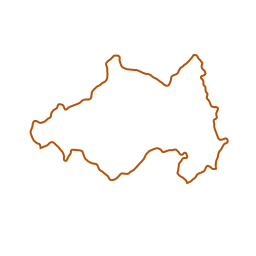 the district of Padre Las Casas, Azua, Dominican Republic, rotated 249°
{"feature_id": "3306468B62510937127431", "entity_name": "Padre Las Casas", "entity_type": "district", "adm_level": 2, "iso_a3": "DOM", "parent_name": "Dominican Republic", "parent_adm1": "Azua", "projection": "mercator", "projection_center": [-70.907, 18.827], "detail": "fine", "context": "isolated", "style": "outline", "palette": "amber", "viewbox_px": 256, "rotation_deg": 249, "n_neighbors": 0, "source": "geoboundaries", "source_scale": "gbopen_adm2", "svg_char_len": 5826}
<svg xmlns="http://www.w3.org/2000/svg" viewBox="0 0 256 256"><g transform="rotate(249 128 128)"><path d="M200.5,140.5L199.8,139.5L199.3,138.1L198.4,136.3L197.8,133.8L197.6,133.1L196.5,131.2L196.1,130.7L195.4,130.4L194.7,130.2L192.0,130.1L190.8,129.9L190.1,129.7L188.6,129.0L185.8,128.3L182.3,126.6L181.4,125.9L180.6,125.1L179.9,124.1L179.6,123.4L179.5,122.7L179.1,119.8L178.1,117.2L177.8,114.3L177.5,113.2L176.0,109.7L174.8,107.7L174.4,107.2L173.8,106.8L172.1,105.9L170.0,104.8L169.3,104.1L168.8,103.2L168.7,102.5L168.7,101.4L168.9,100.7L169.6,99.2L169.9,98.5L170.1,97.3L170.1,96.1L170.0,95.3L169.8,94.5L169.0,92.6L168.7,91.5L168.6,89.4L168.6,83.5L168.5,80.9L168.3,79.3L167.5,77.6L167.4,77.0L167.4,76.7L167.7,76.1L168.2,75.8L168.9,75.7L171.8,75.6L172.5,75.4L172.8,75.3L173.3,74.8L174.5,73.2L174.8,72.6L174.9,71.9L174.7,71.2L174.3,70.6L173.5,70.0L172.5,69.2L172.1,68.7L171.8,67.7L171.5,65.8L171.4,65.0L170.9,64.1L169.9,62.4L169.5,61.9L166.5,60.1L166.0,59.7L165.8,59.4L165.5,58.4L165.2,56.0L164.1,53.4L163.9,52.2L163.9,50.6L163.9,49.4L164.1,48.2L164.5,47.6L164.9,47.0L165.4,46.6L166.6,45.8L167.0,45.3L167.9,43.7L168.0,43.1L167.8,42.4L167.4,41.8L166.4,40.8L165.4,40.2L164.1,39.6L163.5,39.2L162.5,38.4L160.5,36.5L159.9,36.0L159.2,35.6L158.0,35.3L156.4,35.2L153.1,35.2L150.7,35.5L149.8,35.7L147.1,37.1L146.1,37.9L145.2,39.1L144.9,39.3L144.4,39.6L143.7,39.7L142.6,39.7L141.6,39.5L140.6,39.2L140.7,44.7L140.8,46.3L141.1,47.4L142.0,49.2L142.2,49.9L142.2,50.7L142.2,51.4L142.0,52.1L141.6,52.7L141.1,53.2L140.3,53.7L134.4,56.5L131.9,57.1L129.7,58.1L129.0,58.2L127.1,58.4L124.9,58.2L123.8,57.9L122.1,57.0L121.4,56.9L120.7,57.0L120.0,57.5L119.8,57.8L119.6,58.4L119.7,58.7L119.8,59.0L120.1,59.6L122.2,61.7L122.9,62.5L123.3,63.1L124.0,64.4L124.4,64.9L125.2,65.6L126.6,66.3L127.1,66.7L127.5,67.2L127.7,67.7L127.7,68.0L127.5,68.6L126.6,70.7L125.6,72.5L124.9,74.1L123.5,76.3L123.0,76.7L122.0,77.0L120.8,77.0L116.0,76.9L114.9,77.1L114.2,77.3L111.1,78.9L109.6,80.1L107.8,82.0L107.2,82.9L106.2,84.8L105.8,85.3L105.2,85.7L104.6,86.0L103.9,86.1L100.5,86.2L99.8,86.3L99.0,86.5L98.1,87.1L96.0,88.7L94.4,89.5L91.8,91.0L90.7,91.8L89.8,92.1L87.4,92.3L86.7,92.5L86.1,92.9L85.6,93.4L85.2,94.0L85.1,94.3L84.9,95.4L84.8,96.5L84.9,98.1L85.1,99.2L85.4,100.2L86.2,101.7L86.8,103.0L87.5,104.2L87.8,105.1L87.8,105.8L87.6,106.5L85.6,110.4L85.3,111.3L85.3,112.4L86.1,114.2L86.3,114.9L86.7,118.2L87.0,118.8L87.8,120.4L88.3,121.7L89.3,123.5L89.9,124.8L90.9,126.6L91.4,127.9L92.4,129.7L93.0,131.0L93.9,132.2L96.7,135.3L97.1,135.9L98.6,139.0L98.9,140.6L99.0,142.6L99.0,145.8L98.9,147.0L98.7,147.8L98.2,148.8L97.7,149.4L96.9,150.2L96.3,150.6L95.6,151.0L94.0,151.4L93.5,151.6L93.0,152.1L92.8,152.7L92.7,153.4L92.6,157.0L92.5,158.2L92.4,158.9L91.7,160.5L91.5,161.1L91.1,163.9L90.9,164.6L90.7,164.8L90.2,165.3L88.2,166.3L87.6,166.6L85.5,166.9L84.6,167.4L84.1,167.9L83.8,168.5L83.7,169.2L83.8,169.8L84.6,171.4L84.6,172.0L84.4,172.6L84.2,172.8L83.6,173.1L82.6,173.2L81.5,173.2L80.5,173.1L79.8,172.9L79.3,172.5L79.1,171.9L79.1,171.3L79.8,170.1L79.9,169.5L80.0,168.8L79.9,168.4L79.4,167.4L77.8,165.3L77.0,163.8L76.6,163.2L76.1,162.7L75.5,162.3L73.9,161.6L72.5,160.7L71.2,160.1L70.5,159.7L69.1,158.6L68.2,158.1L67.9,158.0L67.3,158.1L64.9,159.1L64.3,159.5L61.9,161.5L58.8,163.1L58.1,163.3L57.4,163.4L55.5,163.5L55.6,166.6L55.8,168.0L56.7,169.9L57.2,172.0L57.5,172.7L58.0,173.6L59.5,175.4L59.9,176.4L60.2,177.9L60.2,182.1L60.4,183.2L60.7,183.9L61.1,184.5L63.7,187.2L64.0,187.7L64.2,188.4L64.1,188.7L63.8,189.3L63.1,190.1L62.0,191.0L60.1,191.9L59.3,192.6L58.8,193.5L58.5,195.6L61.6,196.4L64.7,198.0L66.0,198.9L68.0,200.8L69.0,201.6L69.6,202.0L71.2,202.9L72.4,203.8L73.2,204.7L73.6,205.3L74.5,206.9L74.9,207.6L77.3,210.3L78.0,211.2L78.4,211.9L78.6,212.6L78.7,214.7L78.9,215.4L79.2,215.9L79.5,216.2L80.1,216.4L81.1,216.6L82.1,216.5L82.7,216.2L83.2,215.7L83.3,215.3L83.4,214.6L83.4,211.9L83.6,210.8L83.7,210.4L84.0,209.8L84.5,209.3L85.1,208.9L85.9,208.7L87.0,208.6L96.4,208.7L98.4,209.0L100.6,209.9L101.3,210.1L103.4,210.4L104.3,210.7L104.6,210.9L104.9,211.4L105.0,212.0L105.2,213.6L105.4,214.2L105.6,214.4L105.9,214.6L106.5,214.9L108.9,215.2L109.9,215.6L110.9,216.3L113.1,218.5L113.7,218.9L114.0,219.0L114.3,219.0L114.9,218.9L115.6,218.2L115.9,217.7L116.4,216.5L117.3,214.8L117.7,214.3L118.2,213.8L118.9,213.6L119.6,213.5L122.8,213.5L124.3,213.4L125.1,213.2L126.6,212.5L127.6,212.4L128.2,212.5L128.6,212.6L130.5,214.1L131.1,214.3L131.4,214.4L132.0,214.3L133.5,213.9L134.9,213.8L135.9,214.0L137.4,214.7L138.4,214.8L139.4,214.7L140.8,214.1L141.5,214.1L142.5,214.2L143.6,214.8L144.3,215.0L145.4,215.1L146.4,214.9L148.1,214.2L148.7,214.1L149.3,214.2L149.5,214.4L149.9,214.9L150.0,215.6L150.0,217.7L150.1,218.5L150.3,219.1L150.5,219.4L150.8,219.7L151.1,219.8L151.8,220.0L153.4,220.0L154.5,219.7L156.0,218.9L156.7,218.7L157.4,218.5L158.1,218.5L158.8,218.7L159.8,219.1L162.1,220.8L163.6,220.2L165.4,219.7L167.2,218.9L168.0,218.7L169.9,218.5L170.6,218.3L171.2,218.0L171.6,217.5L172.6,215.5L170.6,212.5L169.8,210.9L168.8,209.1L168.3,207.8L167.5,206.3L167.2,205.3L166.8,203.5L166.6,202.8L165.9,201.3L165.4,199.2L165.0,198.1L164.1,196.9L162.0,194.7L161.5,194.2L161.2,193.5L161.0,192.8L160.9,192.0L160.9,189.4L160.7,187.9L160.4,187.3L160.0,186.7L159.4,186.3L157.6,185.4L156.7,184.7L154.4,182.6L153.7,181.8L153.4,181.1L153.3,180.4L153.4,179.7L153.7,179.1L154.1,178.5L155.4,177.3L156.3,176.8L157.9,176.1L160.7,174.0L162.6,173.0L163.5,172.3L166.3,169.8L167.2,169.2L168.8,168.4L169.6,167.8L170.4,167.0L171.2,166.0L172.0,164.4L172.8,163.2L174.1,161.8L177.6,158.4L178.8,157.0L179.2,156.4L179.7,155.1L180.7,153.3L181.2,152.0L182.2,150.2L183.0,148.6L184.1,147.1L186.0,145.2L187.0,144.6L187.6,144.3L188.8,144.1L190.7,144.1L192.6,144.2L193.7,144.3L194.8,144.6L196.5,145.4L197.2,145.6L197.9,145.4L198.8,144.9L199.4,144.1L200.2,141.9L200.5,140.5Z" fill="none" stroke="#b45309" stroke-width="2"/></g></svg>